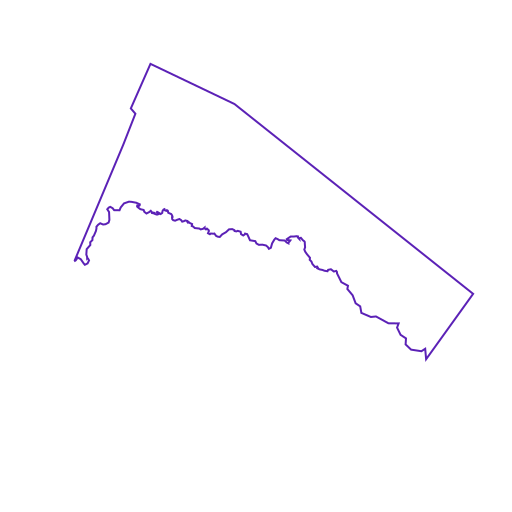 Jasper, Texas, United States of America (Mercator projection), rotated 306°
{"feature_id": "52423323B15193843372165", "entity_name": "Jasper", "entity_type": "district", "adm_level": 2, "iso_a3": "USA", "parent_name": "United States of America", "parent_adm1": "Texas", "projection": "mercator", "projection_center": [-94.183, 30.7], "detail": "fine", "context": "isolated", "style": "outline", "palette": "violet", "viewbox_px": 512, "rotation_deg": 306, "n_neighbors": 0, "source": "geoboundaries", "source_scale": "gbopen_adm2", "svg_char_len": 2753}
<svg xmlns="http://www.w3.org/2000/svg" viewBox="0 0 512 512"><g transform="rotate(306 256 256)"><path d="M349.4,57.7L301.8,68.0L300.2,74.8L268.0,83.2L145.9,111.9L145.7,112.4L146.5,112.7L148.3,112.7L149.9,112.0L150.4,116.1L148.7,121.0L148.3,122.7L151.0,124.1L154.3,123.5L155.2,121.5L155.3,120.6L155.1,120.6L156.1,119.8L157.4,117.9L162.0,115.0L167.5,115.5L169.7,113.8L172.7,114.3L175.0,112.8L177.2,112.9L182.1,111.8L184.4,110.8L185.9,109.7L188.5,109.9L190.9,110.7L191.6,113.8L193.3,115.6L196.4,117.1L199.0,116.2L205.2,111.3L206.4,108.2L208.6,108.4L210.1,109.2L210.4,111.9L209.7,114.3L212.8,118.7L215.8,118.0L221.0,118.3L225.3,121.3L226.6,123.4L228.7,127.8L229.5,131.6L228.5,132.1L227.4,131.7L227.0,130.3L226.4,130.5L226.0,131.2L225.9,134.9L227.2,138.0L226.1,139.7L226.0,142.4L228.8,143.8L230.7,144.3L230.4,145.5L229.6,146.5L230.1,147.5L230.7,147.4L231.2,148.5L230.5,148.9L230.8,150.2L231.3,151.6L232.4,152.4L232.9,151.2L233.4,149.3L233.7,150.7L233.9,152.9L233.9,154.2L235.7,154.8L237.6,153.9L239.3,153.9L240.1,154.4L239.4,155.4L239.8,156.9L240.7,157.0L240.8,158.0L239.4,159.6L240.1,162.8L239.5,164.3L238.6,165.5L238.1,165.2L236.6,166.5L236.3,167.9L237.0,169.8L238.9,170.9L240.9,172.3L241.0,174.4L240.4,176.1L241.8,177.2L243.2,177.9L244.0,179.9L243.3,180.3L243.0,181.4L243.9,181.7L243.8,183.2L244.3,185.5L242.5,186.4L242.9,187.8L242.6,190.0L244.9,194.0L245.0,195.6L246.9,197.2L248.8,197.7L248.1,198.2L248.1,199.9L249.3,200.2L249.1,202.4L248.6,203.2L246.2,203.8L246.5,205.9L247.6,206.2L249.1,208.6L249.7,209.1L248.8,212.0L249.2,213.8L250.1,215.5L253.6,215.9L257.6,217.7L261.7,218.5L263.8,221.0L264.2,223.3L263.6,224.0L264.4,225.7L265.6,226.4L266.6,229.3L264.9,231.1L265.1,233.6L266.8,234.2L267.7,234.0L268.5,236.0L267.5,237.9L265.2,241.9L267.6,246.7L266.4,249.0L266.7,251.7L268.9,254.5L270.4,257.9L270.2,260.3L269.4,262.2L271.4,263.2L275.7,261.6L280.0,261.2L281.9,261.4L282.4,263.7L282.5,265.6L285.4,270.1L285.0,272.9L285.3,274.8L285.8,274.4L287.7,274.6L288.8,274.6L288.1,273.3L287.3,271.8L287.7,271.0L289.4,271.6L292.1,272.6L294.1,275.3L295.9,277.2L296.5,278.5L295.6,278.9L295.2,281.0L295.4,280.8L295.6,280.3L297.1,281.6L296.3,284.7L296.3,286.4L296.0,287.2L294.6,288.3L291.9,290.6L289.6,291.3L288.4,293.3L287.4,296.2L286.3,300.7L284.5,301.7L284.1,304.1L282.7,306.3L281.8,310.2L283.4,311.7L282.9,312.9L282.1,312.9L282.6,315.4L283.8,318.0L284.3,320.0L285.7,322.8L287.2,322.5L289.3,324.4L289.2,328.1L291.1,329.7L290.6,331.0L289.6,331.7L285.0,340.5L286.0,347.9L283.0,349.3L281.0,357.3L276.3,364.4L276.5,369.9L271.9,374.7L274.2,384.8L277.6,388.6L279.4,402.7L285.3,411.0L281.0,412.2L277.2,419.3L277.5,425.8L272.4,429.0L271.4,436.5L276.2,445.8L280.4,447.4L272.5,454.3L353.0,453.9L366.3,149.3L349.4,57.7Z" fill="none" stroke="#5b21b6" stroke-width="2"/></g></svg>